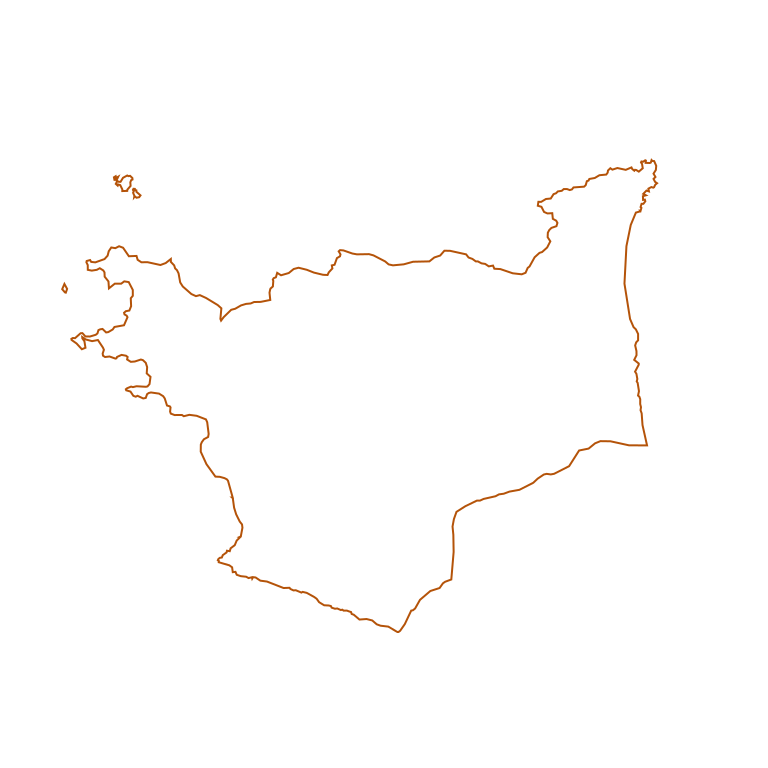 Butiam, Mara, United Republic of Tanzania (Albers equal-area conic projection), rotated 351°
{"feature_id": "72390352B35299561044003", "entity_name": "Butiam", "entity_type": "district", "adm_level": 2, "iso_a3": "TZA", "parent_name": "United Republic of Tanzania", "parent_adm1": "Mara", "projection": "albers", "projection_center": [33.892, -1.67], "detail": "fine", "context": "isolated", "style": "outline", "palette": "amber", "viewbox_px": 768, "rotation_deg": 351, "n_neighbors": 0, "source": "geoboundaries", "source_scale": "gbopen_adm2", "svg_char_len": 6150}
<svg xmlns="http://www.w3.org/2000/svg" viewBox="0 0 768 768"><g transform="rotate(351 384 384)"><path d="M634.2,485.8L632.9,465.0L633.9,453.3L633.3,450.0L634.2,447.1L633.9,443.9L634.7,439.1L634.2,436.4L633.1,435.2L634.7,431.0L634.7,422.5L634.0,421.0L635.0,418.7L634.9,413.4L633.9,411.1L638.6,404.8L638.8,403.6L634.9,399.3L637.9,395.1L638.5,391.0L638.1,385.2L639.6,382.3L641.8,380.6L642.8,374.3L641.3,369.4L639.4,366.9L637.2,358.3L637.2,322.5L645.0,285.8L652.6,265.5L659.6,254.1L663.8,253.6L663.8,253.1L664.3,253.5L665.8,250.3L665.1,249.4L666.6,246.3L668.4,246.6L670.7,244.4L670.5,242.7L668.7,242.7L669.1,239.0L672.2,238.6L669.8,236.8L673.5,234.0L675.8,235.2L675.7,232.4L678.9,231.3L680.6,232.2L681.5,231.9L683.1,229.6L685.1,228.4L683.4,226.8L682.3,223.6L684.5,222.0L683.1,218.4L686.0,215.1L687.0,211.1L685.7,206.1L684.0,205.7L683.3,204.7L682.2,207.0L681.1,207.3L677.0,206.5L677.6,204.3L677.0,203.9L674.7,205.0L673.1,204.5L672.5,205.3L673.3,207.1L673.3,211.4L668.9,214.1L666.6,212.1L665.4,211.7L664.6,212.5L662.8,210.5L662.3,208.8L656.3,210.3L648.3,207.2L643.1,208.0L641.3,206.3L638.6,208.2L638.0,210.2L636.3,211.9L629.4,211.5L624.4,213.5L618.9,213.6L617.8,215.1L616.1,215.4L614.3,219.2L612.5,220.4L601.9,219.5L600.1,221.2L597.8,221.5L595.3,220.1L592.0,219.6L589.8,221.0L585.8,221.0L583.8,222.5L581.2,223.0L577.7,226.9L572.9,226.6L567.7,228.7L565.0,228.2L563.8,232.0L567.2,233.6L569.0,239.1L572.1,241.1L576.9,241.6L576.6,247.3L579.6,249.6L580.5,252.0L579.0,255.1L573.8,256.0L571.3,257.8L569.5,260.2L568.6,264.6L570.6,269.1L566.5,274.7L560.8,278.4L558.1,278.8L552.6,282.4L546.1,290.7L544.1,291.8L541.2,296.3L537.2,297.2L528.5,294.8L516.9,288.7L511.0,287.4L510.2,284.1L505.9,284.2L502.7,281.2L499.2,280.1L495.9,277.6L493.9,277.3L490.9,274.3L487.3,272.3L485.4,268.8L470.1,262.8L464.5,261.8L459.6,265.9L453.5,266.9L448.0,270.0L431.9,267.8L422.2,268.9L411.4,268.2L407.3,266.6L404.3,263.1L393.7,255.3L389.5,253.4L377.5,251.7L373.2,250.2L364.8,245.7L361.5,244.9L360.0,245.9L361.3,249.1L360.5,251.0L357.2,252.3L353.8,258.5L351.0,258.7L351.1,261.8L346.9,265.1L345.3,267.5L340.9,266.6L332.2,263.0L325.6,259.1L317.8,255.8L312.8,256.3L307.3,259.5L299.3,260.5L295.9,257.5L293.9,261.7L291.6,262.2L290.5,263.5L290.8,264.8L289.5,270.3L286.8,272.0L286.2,273.2L285.2,275.9L284.8,283.2L275.0,283.6L268.5,282.7L264.9,283.6L260.3,283.3L255.1,284.0L248.8,286.4L244.7,286.8L236.1,292.9L233.0,295.9L232.6,294.1L235.2,283.8L232.1,280.0L221.7,271.2L216.0,267.4L212.0,267.8L207.8,265.0L200.5,256.2L198.6,251.8L198.4,242.6L197.3,239.1L195.8,237.2L195.3,234.0L192.6,230.1L193.0,227.2L187.3,230.4L181.8,231.5L169.5,226.7L163.4,225.8L160.1,222.8L159.6,218.8L152.0,217.9L147.6,208.6L143.9,206.5L139.9,207.8L136.0,206.5L132.9,209.8L131.1,214.0L127.5,216.9L117.9,218.7L113.9,217.6L113.1,215.6L109.6,216.0L109.1,217.2L110.0,220.2L109.3,224.9L113.1,226.3L118.2,226.3L121.4,225.2L124.5,227.9L125.4,230.0L124.9,234.3L127.9,239.6L127.3,246.5L133.8,242.8L140.1,243.8L143.5,242.0L147.8,243.4L150.6,251.8L149.7,257.6L147.3,259.7L146.4,267.6L144.0,271.6L140.4,271.7L138.4,273.0L138.6,274.7L140.5,276.2L141.1,277.9L136.4,285.3L126.7,285.5L124.6,287.7L119.8,289.6L117.6,289.6L114.6,285.6L112.3,285.6L110.4,286.1L108.9,289.2L107.0,290.3L101.0,291.1L96.5,290.3L94.1,286.6L92.3,286.4L86.0,290.4L83.9,289.9L82.3,290.5L82.3,291.6L86.7,295.9L91.0,302.4L94.8,301.5L94.8,294.9L93.2,291.8L93.3,290.4L96.3,293.3L102.4,296.0L108.3,295.8L112.1,304.1L112.7,306.4L110.9,309.9L110.9,312.1L112.7,313.7L117.2,313.9L122.7,316.9L123.7,316.8L124.6,315.5L129.3,314.2L133.6,315.7L135.0,317.2L134.1,319.6L137.4,322.5L141.4,322.8L147.7,321.8L149.6,322.7L152.0,325.8L152.7,330.3L151.3,336.4L154.5,340.4L152.4,347.4L150.0,349.4L148.4,349.5L139.2,347.5L135.5,347.8L133.8,347.0L129.6,348.0L128.2,348.8L128.4,349.9L132.4,351.8L134.6,356.5L136.8,357.7L138.7,357.1L143.9,360.6L146.5,360.5L148.4,357.0L150.2,356.1L152.5,355.9L160.3,358.3L164.0,361.5L165.2,364.0L166.3,371.3L169.0,372.6L169.5,373.7L168.4,377.8L168.8,379.9L172.3,381.9L179.6,383.0L181.2,384.5L186.9,384.0L194.0,386.1L202.6,391.1L203.4,394.1L203.0,405.9L202.0,408.8L197.5,410.4L194.9,413.0L193.6,415.2L192.4,422.2L196.1,435.4L203.0,449.1L207.3,450.0L211.7,452.0L213.9,453.6L214.8,455.2L216.8,472.6L216.3,472.5L216.8,473.1L216.6,482.7L217.6,489.6L220.0,497.3L221.8,500.5L221.7,503.8L218.7,512.2L217.2,512.6L217.8,512.9L214.0,515.6L211.4,519.8L206.8,522.3L205.5,525.0L202.8,524.1L202.2,525.7L198.0,527.8L196.7,530.0L194.7,530.0L193.1,530.9L192.3,532.1L193.2,533.0L192.9,534.2L202.9,538.9L205.3,541.3L205.2,546.2L207.9,546.3L208.7,549.4L212.5,551.4L217.7,552.8L219.9,554.5L223.3,554.2L223.4,555.6L224.5,554.3L226.9,555.0L231.1,558.9L237.5,560.8L252.9,569.8L258.8,570.5L259.5,571.8L262.3,573.7L264.6,573.9L269.8,577.1L271.1,576.6L275.0,578.2L281.8,583.5L283.9,585.6L285.8,589.4L290.3,593.2L294.7,594.1L296.8,595.0L297.3,596.7L300.4,598.3L302.7,598.4L306.0,600.5L307.6,600.4L308.6,601.5L311.9,602.0L314.0,603.2L315.8,604.1L316.1,606.1L318.0,607.1L322.9,612.8L330.0,613.4L335.4,615.7L339.2,620.2L342.8,622.2L350.3,624.3L358.3,631.0L359.5,631.2L361.3,630.3L367.0,624.4L375.4,612.1L377.2,612.0L379.6,610.6L385.8,602.8L397.4,595.7L407.0,594.2L411.0,590.1L413.4,588.9L419.9,587.6L426.5,560.8L428.9,543.8L429.4,535.5L431.9,528.4L435.6,521.6L445.3,517.4L457.5,513.7L460.5,514.2L464.4,513.1L476.6,512.3L480.3,511.0L485.1,511.1L491.1,509.9L501.2,509.7L516.0,504.9L521.0,501.5L527.7,498.4L530.6,498.2L534.6,499.4L538.0,499.3L554.0,494.1L566.3,480.2L576.0,479.8L583.2,475.6L588.8,474.3L598.7,476.0L616.4,482.9L634.2,485.8ZM164.0,138.7L163.0,137.9L158.5,139.5L155.4,143.1L153.4,142.7L151.8,141.1L151.8,142.5L150.4,144.4L152.0,146.4L152.6,145.3L154.6,146.3L156.0,150.9L155.7,152.5L160.6,153.1L160.9,151.9L164.7,148.7L165.0,145.1L166.2,143.1L167.6,142.7L167.7,141.2L165.8,138.7L164.0,138.7ZM173.0,159.6L169.5,155.4L169.7,154.0L168.3,153.3L168.4,152.3L167.1,152.0L166.4,153.0L167.0,154.5L166.1,155.9L166.9,159.1L166.5,160.4L167.3,159.7L168.7,161.3L171.4,161.2L173.0,159.6ZM84.0,244.0L85.9,240.5L84.0,235.2L81.0,240.0L83.2,243.6L84.0,244.0ZM151.6,138.6L151.5,136.8L149.6,137.6L149.7,140.2L152.0,140.5L153.9,137.7L151.6,138.6Z" fill="none" stroke="#b45309" stroke-width="2"/></g></svg>